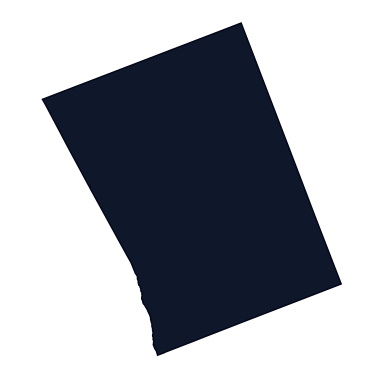 Maralinga Tjarutja, South Australia, Australia, rotated 69°
{"feature_id": "25037944B7661444660063", "entity_name": "Maralinga Tjarutja", "entity_type": "district", "adm_level": 2, "iso_a3": "AUS", "parent_name": "Australia", "parent_adm1": "South Australia", "projection": "mercator", "projection_center": [132.165, -29.44], "detail": "fine", "context": "isolated", "style": "filled", "palette": "ink", "viewbox_px": 384, "rotation_deg": 69, "n_neighbors": 0, "source": "geoboundaries", "source_scale": "gbopen_adm2", "svg_char_len": 2843}
<svg xmlns="http://www.w3.org/2000/svg" viewBox="0 0 384 384"><g transform="rotate(69 192 192)"><path d="M51.9,85.6L51.9,158.7L51.9,261.2L51.9,298.4L58.5,297.4L87.4,293.9L87.4,293.5L87.9,293.4L88.0,293.8L102.6,292.1L113.6,290.7L149.4,286.1L149.3,285.2L150.0,285.1L150.8,285.0L151.0,285.9L190.7,280.5L212.7,277.5L227.0,275.5L234.7,274.4L235.7,274.2L245.7,274.0L247.6,274.0L250.7,273.2L250.9,273.2L251.2,273.3L251.4,273.3L252.5,273.6L253.2,274.0L253.9,274.1L254.0,274.1L254.3,274.1L254.6,274.0L254.9,274.0L255.1,274.0L255.3,274.0L255.5,274.1L255.9,274.2L256.1,274.2L256.3,274.3L256.6,274.3L256.8,274.4L257.0,274.5L257.4,274.7L258.1,274.7L258.3,274.8L258.5,274.9L258.9,274.8L259.2,274.9L259.4,275.0L259.7,275.0L259.9,275.0L260.0,274.9L260.2,274.7L260.4,274.7L260.5,274.6L261.0,274.4L261.3,274.3L261.5,274.3L261.9,274.5L262.4,274.5L262.7,274.6L262.8,274.6L263.1,274.5L263.3,274.4L263.6,274.4L266.1,275.1L266.8,275.2L267.1,275.1L267.5,274.8L267.8,274.7L268.1,274.7L268.4,274.8L269.1,275.2L269.2,275.4L269.4,275.5L269.7,275.5L269.8,275.4L270.2,275.4L270.5,275.5L270.8,275.7L271.2,275.8L271.8,276.2L271.9,276.4L272.6,276.8L273.5,277.0L274.0,277.3L274.6,277.2L275.0,277.1L275.4,277.1L275.7,277.0L275.9,277.0L276.1,277.1L276.3,277.2L276.6,277.2L276.9,277.3L277.4,277.3L277.6,277.4L278.1,277.4L278.5,277.4L279.0,277.3L279.4,277.2L279.6,277.2L279.9,277.0L280.1,276.8L280.4,276.8L280.8,276.7L281.0,276.7L281.7,276.6L281.9,276.6L282.5,276.5L282.7,276.4L283.1,276.3L283.3,276.4L283.6,276.3L283.9,276.1L284.1,276.0L284.4,276.0L285.0,276.1L286.6,275.8L287.4,275.9L289.0,275.7L289.8,275.8L290.6,275.5L291.0,275.6L291.3,275.5L291.9,275.6L292.4,275.5L295.2,275.8L296.2,276.3L296.6,276.3L297.7,276.4L298.2,276.5L298.4,276.6L298.6,276.6L298.8,276.5L299.2,276.5L299.5,276.6L299.8,276.7L300.2,276.6L300.8,276.7L301.7,276.9L302.2,277.2L302.7,277.5L303.5,277.5L303.8,277.6L304.5,277.7L304.8,277.7L305.1,277.7L305.9,277.9L306.1,278.1L306.4,278.1L306.7,278.2L307.1,278.1L307.8,278.3L307.9,278.0L308.3,278.2L308.2,278.5L308.3,278.5L308.9,278.6L310.1,278.9L310.4,279.3L310.9,279.5L311.1,279.8L311.3,279.9L311.7,280.0L311.8,280.1L312.1,280.2L312.4,280.3L312.7,280.4L312.8,280.4L313.2,280.3L313.8,280.2L314.6,280.6L314.9,280.9L315.2,281.0L315.4,281.0L315.5,281.0L316.0,281.1L316.3,281.2L316.6,280.9L316.9,281.0L317.2,281.2L318.1,281.3L318.3,281.3L318.5,281.5L318.9,282.0L319.1,282.1L319.5,282.1L320.2,282.5L320.4,282.7L320.9,282.9L321.0,282.9L321.8,282.7L322.2,282.9L323.0,282.8L323.6,282.8L323.9,282.8L324.6,282.8L325.2,282.8L325.3,282.8L325.8,282.5L326.6,282.5L326.9,282.5L327.6,282.3L327.7,282.2L328.0,282.1L328.3,282.2L328.5,282.2L328.8,282.2L329.2,282.4L329.6,282.3L330.2,282.5L331.7,282.5L332.0,282.6L332.1,275.9L331.9,275.9L331.8,242.6L331.7,236.3L331.5,192.3L331.3,85.7L261.8,85.9L191.8,85.7L51.9,85.6Z" fill="#0f172a" stroke="#020617" stroke-width="1.5"/></g></svg>